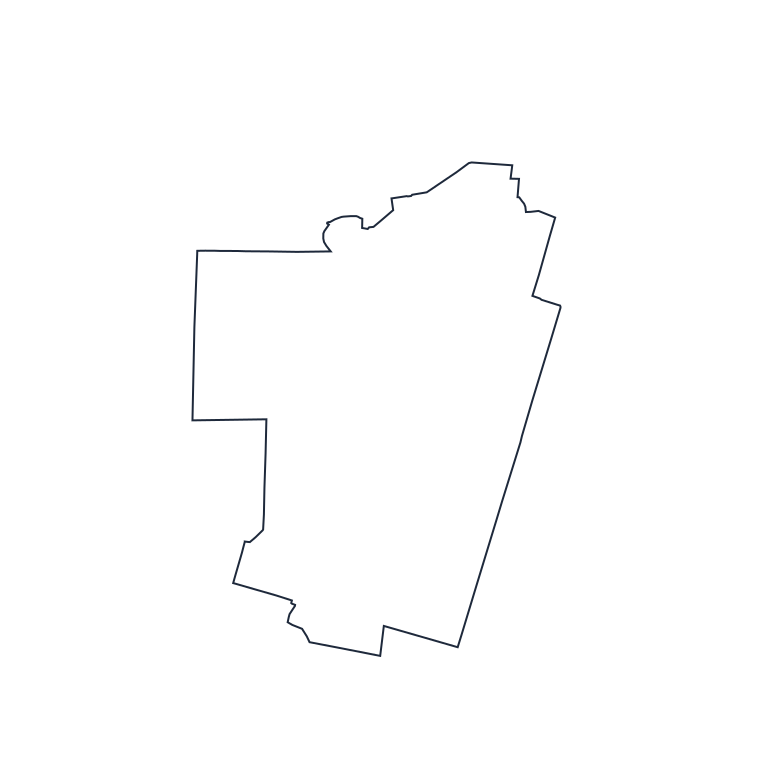 Bogdana, Teleorman, Romania, rotated 221°
{"feature_id": "2599482B84849279259859", "entity_name": "Bogdana", "entity_type": "district", "adm_level": 2, "iso_a3": "ROU", "parent_name": "Romania", "parent_adm1": "Teleorman", "projection": "orthographic", "projection_center": [25.095, 43.922], "detail": "fine", "context": "isolated", "style": "outline", "palette": "slate", "viewbox_px": 768, "rotation_deg": 221, "n_neighbors": 0, "source": "geoboundaries", "source_scale": "gbopen_adm2", "svg_char_len": 1714}
<svg xmlns="http://www.w3.org/2000/svg" viewBox="0 0 768 768"><g transform="rotate(221 384 384)"><path d="M430.7,633.2L463.2,608.7L464.9,606.4L468.2,591.5L474.0,569.8L477.5,556.7L486.9,545.3L486.9,543.7L488.0,542.4L489.1,541.2L490.1,540.7L499.9,529.2L500.1,529.0L494.7,524.3L491.1,521.2L491.4,519.5L492.0,515.4L492.5,512.0L493.6,504.6L494.5,498.9L495.0,495.7L498.0,492.5L498.0,490.3L502.9,487.4L504.2,489.0L508.8,494.5L511.0,493.6L513.3,493.2L515.1,492.5L519.5,488.6L524.2,483.9L525.6,482.3L527.6,478.8L529.1,476.0L531.0,470.8L531.9,470.0L532.7,468.6L532.2,467.8L530.1,468.1L529.3,460.2L528.5,457.8L525.3,454.0L522.4,451.8L520.2,451.1L518.0,450.4L511.2,449.1L536.4,426.6L557.3,409.0L575.4,393.5L581.9,388.2L595.5,376.5L599.2,373.5L606.4,367.3L611.1,363.1L612.3,362.0L609.9,359.1L564.4,302.5L504.7,230.9L449.6,280.2L427.8,253.9L406.2,227.3L389.0,206.7L379.7,194.8L379.6,194.0L380.4,184.1L381.5,176.8L381.5,176.7L383.0,175.6L385.7,173.8L385.6,173.7L382.8,168.0L381.1,164.6L380.6,163.6L378.6,159.3L371.4,143.7L369.3,139.2L367.2,134.8L364.7,136.0L347.0,144.2L326.6,153.7L311.5,160.2L310.3,157.8L309.3,157.8L306.2,159.0L305.6,158.1L305.1,154.2L304.3,148.4L302.9,145.5L300.4,141.0L295.2,142.0L285.2,145.5L283.0,144.8L276.7,142.9L270.8,140.3L246.7,154.3L208.5,176.3L225.4,201.3L155.7,233.7L160.9,245.5L182.2,293.0L210.3,356.0L214.7,365.8L217.8,372.7L242.7,429.4L245.8,435.3L261.2,468.8L287.5,527.8L300.8,557.3L301.6,558.2L302.6,558.7L305.4,557.4L320.3,550.9L322.5,550.8L329.8,547.9L338.5,567.6L356.0,604.6L364.0,621.9L380.9,616.0L386.3,610.1L389.7,606.9L393.6,610.5L396.6,612.0L400.1,612.6L404.4,613.6L405.8,612.6L416.7,627.4L423.2,622.0L428.6,630.1L430.7,633.2Z" fill="none" stroke="#1e293b" stroke-width="2"/></g></svg>